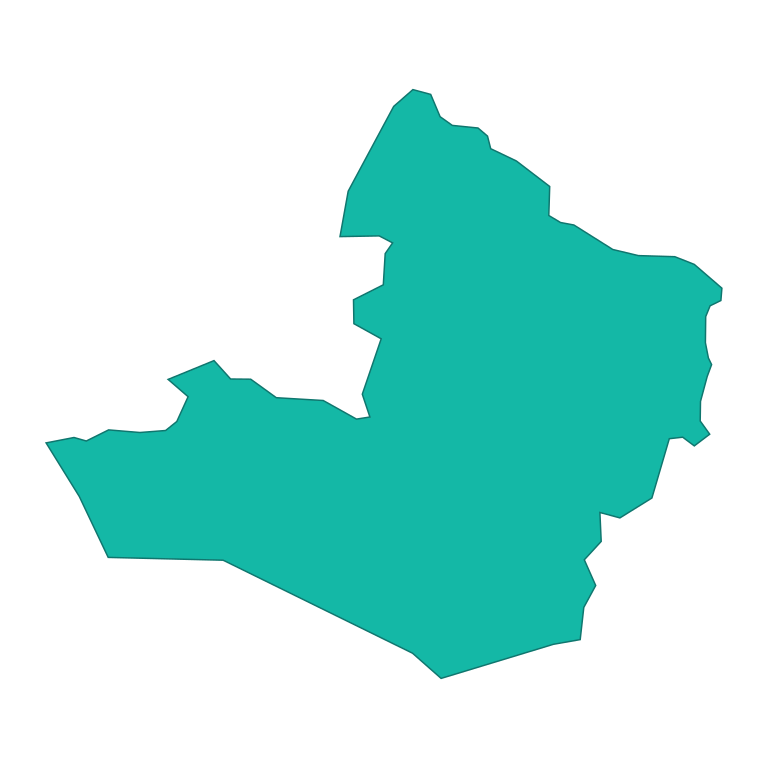 Pakhtachi, Samarkand, Uzbekistan (Mercator projection)
{"feature_id": "79887680B26985573212547", "entity_name": "Pakhtachi", "entity_type": "district", "adm_level": 2, "iso_a3": "UZB", "parent_name": "Uzbekistan", "parent_adm1": "Samarkand", "projection": "mercator", "projection_center": [65.552, 39.873], "detail": "fine", "context": "isolated", "style": "filled", "palette": "teal", "viewbox_px": 768, "rotation_deg": 0, "n_neighbors": 0, "source": "geoboundaries", "source_scale": "gbopen_adm2", "svg_char_len": 990}
<svg xmlns="http://www.w3.org/2000/svg" viewBox="0 0 768 768"><path d="M709.7,434.2L700.2,421.0L700.5,401.4L707.2,376.5L711.6,364.6L708.4,358.0L705.4,342.7L705.7,316.6L710.1,305.8L720.9,300.5L721.9,288.2L694.3,264.4L674.8,256.7L638.4,255.6L612.8,249.5L573.9,225.0L560.5,222.5L548.8,215.5L549.7,186.5L516.4,161.0L490.7,148.7L487.5,136.1L478.0,128.0L452.3,125.4L440.1,116.7L430.7,94.4L412.9,89.6L393.7,106.4L348.2,191.2L340.0,236.6L379.2,235.9L392.6,242.9L385.2,253.6L383.3,284.8L353.5,299.8L353.9,323.7L381.2,338.8L362.3,394.2L369.9,417.0L356.5,419.1L323.2,400.5L276.3,397.7L250.7,379.2L230.6,379.0L214.0,360.6L168.1,379.4L188.1,396.7L176.8,421.5L165.6,430.5L139.9,432.5L108.6,429.9L86.3,441.0L74.0,437.5L46.1,442.9L79.3,496.5L108.2,557.4L223.1,560.2L412.5,653.2L441.1,678.4L553.4,644.3L580.2,639.6L583.8,607.4L595.7,585.5L584.3,559.8L601.2,541.4L599.9,512.5L619.9,517.9L651.9,498.0L669.3,438.7L682.7,437.2L694.3,445.9L709.7,434.2Z" fill="#14b8a6" stroke="#0f766e" stroke-width="1.5"/></svg>